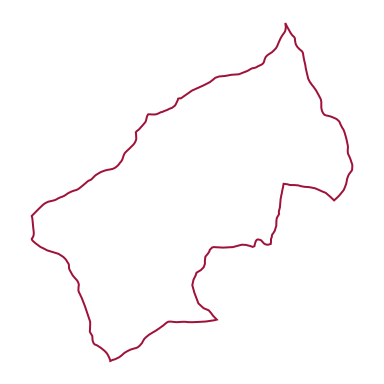 Lamgong, Paro, Bhutan
{"feature_id": "84629894B22495376544480", "entity_name": "Lamgong", "entity_type": "district", "adm_level": 2, "iso_a3": "BTN", "parent_name": "Bhutan", "parent_adm1": "Paro", "projection": "mercator", "projection_center": [89.36, 27.439], "detail": "fine", "context": "isolated", "style": "outline", "palette": "rose", "viewbox_px": 384, "rotation_deg": 0, "n_neighbors": 0, "source": "geoboundaries", "source_scale": "gbopen_adm2", "svg_char_len": 4716}
<svg xmlns="http://www.w3.org/2000/svg" viewBox="0 0 384 384"><path d="M285.3,23.0L285.8,27.0L285.5,29.8L285.0,31.4L284.5,32.3L283.6,33.6L282.8,34.6L281.3,37.0L280.3,38.9L278.8,42.2L278.1,43.9L277.1,46.3L276.0,48.2L274.4,49.9L272.1,52.1L268.6,54.4L267.4,55.2L265.8,56.9L265.2,58.1L264.7,59.2L264.0,61.8L263.2,63.3L261.6,64.6L258.3,66.1L255.8,67.5L253.9,68.0L252.1,68.3L250.9,68.9L247.7,70.8L238.8,74.3L231.3,74.8L225.5,75.9L219.0,76.5L215.3,77.8L210.1,82.0L203.3,85.5L192.1,90.5L180.8,98.4L179.4,98.3L178.1,98.7L177.7,100.3L176.9,101.9L176.1,103.7L174.9,105.7L172.1,107.8L169.6,108.7L167.1,110.0L164.8,110.8L161.9,112.1L160.8,112.2L159.7,112.8L157.8,113.7L155.8,114.4L152.5,114.5L149.9,114.3L148.2,114.3L147.2,115.9L146.7,117.6L146.2,119.9L145.5,121.9L143.6,124.2L141.5,126.6L139.0,129.4L136.6,131.3L135.8,132.3L136.1,134.9L136.2,137.3L136.3,138.8L135.7,140.9L134.8,142.7L133.5,144.5L131.6,146.4L129.6,148.4L126.4,151.4L125.5,152.3L124.8,153.1L124.2,154.2L123.5,155.8L123.0,157.6L122.2,159.8L121.4,161.1L120.0,162.8L119.1,164.0L118.2,165.2L116.0,167.1L114.5,168.1L112.6,168.9L109.9,169.5L107.9,169.8L104.7,170.6L102.3,171.5L100.7,172.1L97.5,174.0L95.6,175.2L94.5,176.2L91.9,178.9L90.9,179.7L89.9,180.2L88.4,180.8L87.1,181.8L83.4,185.0L81.7,186.4L78.5,188.9L76.8,189.8L75.7,190.2L73.8,190.7L72.4,191.2L70.9,191.8L68.1,193.2L66.5,194.3L65.4,195.1L63.9,196.0L62.0,196.8L60.5,197.3L59.4,197.8L58.1,198.4L56.4,199.4L54.6,200.2L52.6,200.7L50.0,201.3L48.3,201.7L46.3,202.6L44.3,203.8L43.2,204.6L41.1,206.6L39.0,208.6L31.7,216.0L32.2,217.6L32.5,219.9L33.2,227.4L33.7,231.7L33.8,233.2L33.6,235.2L33.0,237.0L31.7,239.0L32.1,240.0L33.0,241.1L34.1,242.0L35.8,243.5L40.5,247.0L43.1,248.2L47.3,250.4L54.5,252.6L58.4,253.8L60.5,255.1L63.4,257.0L65.0,258.6L66.3,260.1L67.2,261.8L68.2,263.2L68.8,264.4L68.9,265.6L69.1,268.5L69.5,269.6L70.9,272.2L72.4,274.9L73.1,275.9L74.7,277.8L76.8,280.1L77.8,281.6L78.4,283.0L78.9,284.9L78.6,286.3L78.5,288.1L78.4,289.8L78.5,290.9L78.8,291.9L80.6,295.6L81.8,298.1L84.9,306.1L89.2,318.9L90.1,321.5L90.2,323.4L90.1,326.5L90.0,329.5L89.8,331.3L90.2,332.5L91.0,333.8L92.3,336.0L92.4,337.4L92.5,339.6L92.8,341.1L93.4,342.8L94.5,344.3L97.3,345.5L101.2,348.1L104.5,350.8L106.6,353.0L107.9,355.0L109.0,357.2L110.0,359.6L110.3,361.0L112.6,359.9L114.7,359.4L116.6,358.5L119.1,357.3L121.9,355.2L123.8,353.4L125.5,352.2L127.9,350.9L130.6,349.6L133.0,348.8L135.4,348.2L136.4,347.9L137.5,347.4L139.3,346.1L141.9,343.2L143.0,341.1L144.3,338.9L146.3,337.0L148.8,334.9L152.5,332.6L155.3,331.0L159.2,328.4L163.2,325.5L165.8,323.3L167.2,322.3L168.4,321.7L170.8,321.6L176.4,322.2L182.4,321.8L185.3,321.8L187.9,322.1L191.9,322.2L199.1,321.9L206.0,321.5L214.7,320.2L216.8,319.6L213.0,315.7L210.8,312.7L208.7,310.3L203.6,308.2L198.4,303.4L196.0,297.0L194.4,292.8L192.3,285.2L193.5,279.7L195.6,275.5L196.5,272.7L201.0,270.0L203.7,267.2L204.9,263.9L204.9,260.5L205.4,256.6L207.8,253.8L209.3,251.6L209.7,250.0L210.5,249.1L212.3,247.4L213.8,247.1L223.2,247.6L232.8,247.1L241.8,244.7L245.7,244.9L249.9,245.9L252.6,246.9L254.4,246.2L254.8,244.3L255.8,241.1L256.7,239.9L257.8,239.4L259.9,239.8L261.1,240.3L264.0,243.5L265.4,244.3L267.0,244.7L268.7,244.6L270.8,243.9L271.0,241.5L271.0,238.9L271.8,237.0L271.9,235.7L272.3,234.4L273.2,233.3L274.8,230.7L276.3,225.6L276.4,221.0L276.8,218.0L279.1,214.0L278.8,212.2L279.0,210.9L279.3,209.7L279.6,208.5L279.9,207.5L280.6,199.0L281.0,197.0L281.2,195.8L281.5,194.5L281.8,193.4L282.0,192.0L282.2,190.9L282.5,189.5L282.8,188.2L283.1,186.7L283.3,185.4L283.6,183.8L287.6,184.3L289.8,185.0L294.9,185.1L298.3,185.4L301.1,186.2L304.4,186.8L309.0,187.1L312.2,187.7L313.5,188.0L314.8,188.2L318.4,189.7L322.1,191.4L324.9,192.5L325.9,193.0L328.7,195.4L329.8,196.3L334.1,200.4L337.6,197.2L339.8,194.9L340.9,193.5L342.4,191.7L343.9,189.7L344.9,187.2L346.1,184.1L346.7,181.3L347.0,179.3L347.7,177.2L348.4,175.4L349.1,174.1L350.6,172.1L351.5,171.0L352.1,169.8L352.3,166.9L352.3,165.0L351.8,163.2L351.2,161.6L350.5,159.3L349.6,157.1L348.3,154.4L347.9,153.1L347.7,151.0L347.9,147.8L347.9,146.2L347.7,145.1L347.1,142.3L346.7,140.2L345.7,136.3L345.1,134.4L344.7,132.8L343.5,129.7L342.1,127.5L340.5,124.4L339.6,122.1L338.9,121.1L337.8,120.1L336.6,119.1L335.5,118.5L333.4,117.6L331.0,116.6L329.5,116.2L327.4,115.7L326.0,115.4L324.2,114.6L322.9,112.8L321.9,110.7L321.6,109.2L321.3,107.6L321.3,103.0L321.3,101.9L321.0,100.1L320.6,98.8L318.4,94.6L317.1,92.3L316.2,90.6L313.5,86.8L311.8,84.7L309.7,81.7L308.2,78.7L307.8,76.9L307.0,73.7L306.3,70.6L305.7,67.8L305.3,65.0L304.1,59.8L303.6,57.2L302.9,52.9L302.1,51.4L299.4,49.1L297.4,47.0L296.7,45.9L296.0,44.7L295.5,43.2L295.0,40.3L294.9,38.4L294.1,36.9L292.5,35.5L291.4,34.1L290.4,32.6L286.8,26.1L285.3,23.0Z" fill="none" stroke="#9f1239" stroke-width="2"/></svg>